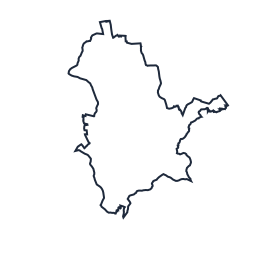 outline of Cehal, Satu Mare, Romania, rotated 31°
{"feature_id": "2599482B97854258133418", "entity_name": "Cehal", "entity_type": "district", "adm_level": 2, "iso_a3": "ROU", "parent_name": "Romania", "parent_adm1": "Satu Mare", "projection": "equal_earth", "projection_center": [22.618, 47.388], "detail": "fine", "context": "isolated", "style": "outline", "palette": "slate", "viewbox_px": 256, "rotation_deg": 31, "n_neighbors": 0, "source": "geoboundaries", "source_scale": "gbopen_adm2", "svg_char_len": 5738}
<svg xmlns="http://www.w3.org/2000/svg" viewBox="0 0 256 256"><g transform="rotate(31 128 128)"><path d="M164.1,185.8L164.6,184.7L167.2,182.0L167.5,181.3L167.6,180.6L168.2,179.7L168.3,179.1L168.1,178.0L168.2,177.5L168.6,177.0L169.6,176.0L172.3,174.5L173.2,173.5L175.2,172.0L177.1,171.0L178.7,169.1L179.2,167.4L178.9,166.1L179.1,165.5L178.6,164.4L177.2,163.5L177.0,163.0L177.1,161.6L177.0,161.1L177.1,160.4L177.4,160.1L177.5,159.7L179.2,157.6L179.3,156.3L179.9,154.1L181.7,150.0L182.3,149.2L183.0,149.3L184.6,149.0L187.3,149.2L189.2,148.7L190.4,148.6L193.1,149.0L196.2,148.7L197.4,148.0L198.6,146.7L199.4,145.3L200.3,144.2L201.8,143.1L202.3,143.0L203.5,142.5L204.7,141.5L209.4,141.0L208.6,140.5L207.7,139.4L205.5,138.8L203.5,137.5L202.9,137.3L201.3,135.6L200.2,135.0L199.6,133.7L199.1,131.8L199.7,129.2L200.3,128.2L199.8,125.3L199.3,124.5L197.8,123.0L195.9,121.6L194.2,121.5L192.1,121.1L191.4,120.4L189.8,120.3L188.3,120.9L187.4,122.3L186.2,123.8L185.3,123.7L183.6,124.4L182.9,124.4L182.8,123.9L182.2,122.7L180.4,120.8L180.6,120.3L181.1,119.3L180.9,118.4L180.2,118.0L179.6,117.4L180.1,116.8L179.1,115.4L179.1,115.0L179.5,114.6L179.6,114.1L179.4,112.9L179.0,112.1L178.9,110.8L178.9,110.3L179.3,109.9L180.0,109.6L180.6,108.8L181.2,107.3L181.5,106.0L181.4,105.3L181.6,104.8L181.5,103.7L181.3,103.3L181.6,102.4L181.5,100.9L181.8,100.2L181.9,99.2L181.5,98.4L181.0,97.9L181.0,97.4L180.7,96.7L179.8,96.6L179.4,96.0L179.3,95.0L179.0,94.1L179.1,93.6L179.4,93.2L179.5,92.4L179.2,90.8L180.2,89.7L181.8,86.9L182.2,84.9L182.5,84.2L183.0,83.6L183.6,83.4L183.6,83.0L183.7,82.4L184.3,81.7L184.4,81.3L185.2,80.6L184.7,80.5L183.5,79.7L181.8,79.3L180.5,78.2L180.3,77.4L181.0,76.2L181.0,74.7L181.5,74.1L184.1,72.4L184.7,71.5L185.4,70.0L186.4,69.9L187.1,70.8L188.3,71.0L187.1,71.7L187.5,72.0L187.8,72.5L187.8,72.0L187.9,71.6L188.3,71.7L188.7,72.2L190.5,71.4L192.0,69.2L192.4,69.7L193.2,70.1L193.6,69.6L193.3,69.4L193.4,69.2L193.9,69.5L194.1,69.3L194.3,69.4L195.1,68.9L195.6,69.0L196.8,67.4L197.8,66.4L198.1,65.9L198.1,65.4L197.4,65.1L197.9,65.0L198.2,64.7L197.8,64.6L197.6,64.3L196.0,64.3L196.5,64.1L196.6,63.9L197.4,63.9L197.8,63.4L198.1,63.3L198.7,63.6L199.0,63.3L199.0,62.9L200.3,62.6L200.8,61.9L201.4,61.8L201.3,60.8L201.6,60.5L201.2,59.2L201.0,58.8L200.2,58.9L200.3,58.5L200.6,58.3L200.1,58.2L200.4,58.0L201.2,58.1L201.4,58.0L201.4,57.6L201.9,57.3L202.0,57.1L190.5,52.3L190.4,52.9L189.6,53.4L189.0,54.3L189.1,56.7L188.8,57.1L187.6,58.1L187.2,58.7L186.0,59.8L185.9,60.5L186.0,60.9L185.9,61.6L185.6,62.5L185.7,63.3L184.9,65.5L177.2,67.5L176.6,67.5L176.2,66.9L169.2,68.4L169.2,70.0L169.5,72.4L169.4,73.0L168.0,75.5L167.3,76.5L166.7,77.9L166.6,78.4L166.6,79.0L167.0,80.2L166.8,81.3L168.3,88.8L166.1,87.5L165.7,86.8L164.8,86.2L163.0,85.4L162.4,85.7L162.4,85.9L162.1,85.8L161.9,85.6L161.3,84.7L160.9,84.6L160.7,84.0L160.2,83.8L159.8,83.9L159.2,83.2L158.0,84.0L158.0,84.9L157.6,85.4L157.2,85.6L156.2,85.7L156.2,86.0L156.5,86.7L155.2,88.6L153.3,90.3L151.2,90.8L148.9,88.4L145.9,85.7L144.9,84.9L144.0,84.7L141.4,85.0L139.0,84.9L137.6,84.2L135.9,82.7L135.2,82.0L135.0,81.4L134.4,80.5L134.3,78.7L133.8,76.8L133.5,73.7L133.2,72.6L131.5,70.8L129.7,69.2L128.3,67.6L125.2,63.6L123.4,61.8L122.2,60.3L121.0,60.0L119.8,59.9L113.7,63.7L112.7,64.6L111.6,64.6L111.1,64.8L110.1,64.1L108.9,62.6L107.4,61.5L103.6,57.9L102.6,57.2L101.1,56.7L99.3,55.1L98.7,54.0L98.3,53.5L97.6,52.2L96.9,51.2L97.0,51.1L96.6,50.9L95.8,49.7L95.1,49.0L87.7,54.1L83.2,55.4L82.3,54.4L81.4,54.9L79.0,51.4L78.6,50.3L78.2,50.4L74.3,52.5L74.7,52.6L74.9,53.2L74.0,53.5L73.2,54.4L71.0,53.8L71.0,54.1L70.1,55.2L69.0,58.1L68.8,58.3L66.1,56.0L62.7,51.9L60.1,48.5L57.1,45.5L55.2,46.9L55.6,47.2L55.1,47.6L55.0,47.9L54.3,48.2L53.8,47.8L49.4,51.7L54.0,56.0L54.5,56.2L55.0,56.6L58.3,60.3L52.9,62.8L52.3,63.2L50.4,66.0L49.8,66.9L49.7,67.3L49.7,69.6L50.4,70.4L50.7,72.9L49.9,73.4L48.9,74.4L47.8,75.1L47.6,76.0L46.7,78.0L46.6,78.6L46.8,80.3L47.2,81.5L47.4,82.7L48.0,83.3L49.1,84.7L49.5,85.6L49.5,86.8L50.1,90.6L49.7,91.9L49.7,92.7L50.0,94.1L51.0,95.6L51.4,98.5L52.0,99.8L51.8,100.9L49.0,105.4L48.2,107.4L48.1,109.7L49.0,111.9L49.8,112.1L52.6,112.1L55.2,111.5L58.5,110.2L61.3,110.1L67.6,108.4L70.6,109.0L72.6,109.2L74.4,110.5L76.4,111.6L77.7,112.9L86.3,119.8L88.8,121.2L90.0,122.9L90.2,125.4L90.5,127.1L90.8,127.7L91.7,128.5L92.1,129.1L92.4,129.9L92.4,130.8L92.1,132.0L92.1,132.8L92.4,134.3L92.9,135.2L92.8,135.5L84.8,138.0L85.4,139.6L82.7,140.3L83.4,141.9L84.5,141.8L84.7,142.4L85.4,143.8L85.8,144.0L85.9,144.9L88.0,146.7L91.2,145.7L91.5,146.1L90.6,146.4L90.8,146.9L89.5,147.9L89.7,149.1L90.7,151.1L91.9,152.3L93.8,151.3L96.2,154.5L95.3,154.9L94.3,155.6L94.7,156.0L101.4,160.4L102.9,160.7L103.0,161.0L102.0,163.1L102.0,164.3L101.6,165.0L101.3,167.0L101.0,167.8L98.1,166.5L96.4,166.0L96.0,166.7L94.6,169.9L94.7,174.8L97.1,172.4L98.1,172.1L99.2,172.3L104.2,172.3L106.5,171.9L107.8,171.9L111.9,173.4L112.2,173.8L113.3,176.0L113.7,177.9L114.1,178.5L115.2,179.1L116.6,179.5L119.3,180.8L122.1,183.6L122.9,185.0L123.2,186.7L123.6,187.1L124.8,188.0L126.2,189.4L130.3,192.5L134.1,192.7L135.6,193.0L137.3,193.8L138.8,194.8L140.1,196.1L143.2,199.9L143.5,200.5L143.6,203.2L144.3,207.5L144.2,208.2L145.1,208.5L145.9,209.1L150.1,209.6L153.1,210.5L155.1,210.5L156.5,209.5L157.2,209.3L158.7,208.6L159.5,208.0L160.1,207.9L160.9,208.0L161.5,207.7L161.3,206.5L160.8,204.8L161.7,204.7L161.5,204.0L161.8,203.8L161.3,203.5L161.7,202.9L160.8,201.3L160.8,200.8L161.4,200.3L162.1,200.2L162.7,200.9L162.9,200.9L163.0,200.6L163.0,200.2L161.4,198.4L164.3,197.7L166.0,197.5L165.9,198.5L166.3,199.9L167.1,201.4L167.5,201.7L168.4,203.4L169.3,206.3L170.2,207.1L170.8,200.6L170.2,199.4L169.7,197.4L168.5,195.1L168.9,191.4L168.6,191.0L167.5,190.3L164.3,189.0L164.2,188.5L164.3,187.8L164.1,185.8Z" fill="none" stroke="#1e293b" stroke-width="2"/></g></svg>